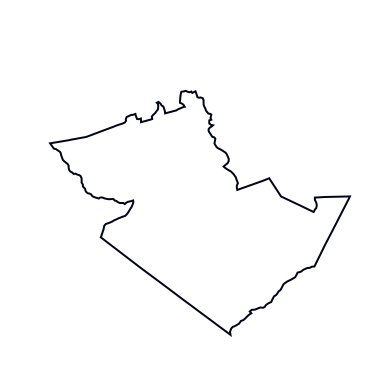 Itapecuru Mirim, Maranhão, Brazil (orthographic projection), rotated 37°
{"feature_id": "56859067B11839444489809", "entity_name": "Itapecuru Mirim", "entity_type": "district", "adm_level": 2, "iso_a3": "BRA", "parent_name": "Brazil", "parent_adm1": "Maranhão", "projection": "orthographic", "projection_center": [-44.34, -3.363], "detail": "fine", "context": "isolated", "style": "outline", "palette": "ink", "viewbox_px": 384, "rotation_deg": 37, "n_neighbors": 0, "source": "geoboundaries", "source_scale": "gbopen_adm2", "svg_char_len": 3507}
<svg xmlns="http://www.w3.org/2000/svg" viewBox="0 0 384 384"><g transform="rotate(37 192 192)"><path d="M49.4,238.5L51.6,239.2L53.6,239.9L55.7,240.5L57.6,239.6L62.3,239.4L63.9,240.0L65.0,241.1L69.4,244.0L70.9,244.3L75.8,244.5L77.5,245.1L78.9,246.9L80.2,248.1L82.3,248.9L84.7,248.5L86.5,248.8L87.9,247.5L89.9,247.1L91.8,246.4L93.4,246.3L95.5,247.4L96.8,249.0L98.1,250.9L100.3,251.7L101.6,253.3L104.5,253.7L106.9,255.5L109.4,255.8L110.7,255.1L112.7,254.6L114.9,255.3L117.1,254.9L119.3,254.1L121.5,253.3L121.9,251.8L123.3,250.5L126.4,249.6L129.8,247.9L131.8,246.2L133.6,244.9L135.3,245.3L137.0,244.7L138.9,244.7L140.6,244.4L142.0,243.5L143.8,242.1L145.6,242.1L146.0,239.9L146.7,238.5L147.7,237.3L148.9,235.9L150.1,234.2L151.2,235.3L151.8,236.7L152.7,239.8L152.9,242.6L153.2,244.8L153.4,248.5L153.0,251.3L151.3,253.8L149.3,257.0L148.0,259.5L146.8,261.6L146.1,263.6L145.3,265.0L144.0,267.2L142.5,269.2L142.2,271.5L142.8,272.9L143.8,275.0L144.7,277.7L145.4,279.6L146.5,283.1L196.1,283.5L226.1,283.3L249.0,283.3L263.2,283.2L308.7,282.9L306.5,280.8L305.5,277.4L305.7,275.1L306.8,273.7L307.5,272.0L308.8,268.9L308.7,265.5L310.1,263.5L310.6,261.1L310.9,258.6L311.2,256.8L311.6,255.1L312.4,253.2L310.1,252.7L310.6,250.2L311.9,249.1L313.1,248.0L315.0,244.8L316.2,243.0L318.4,241.7L319.2,240.0L319.1,237.9L319.6,236.0L320.5,234.0L321.5,232.1L320.9,229.6L320.3,225.9L321.2,223.7L321.2,221.8L321.0,219.4L321.6,217.3L321.4,215.0L321.0,212.9L320.6,210.7L321.2,208.3L321.9,206.3L322.8,204.4L324.0,202.1L325.7,197.9L325.3,195.1L324.8,192.8L326.2,191.2L327.0,189.9L327.4,188.3L328.0,186.6L329.9,183.2L331.6,181.8L332.8,179.4L334.6,177.8L333.3,170.9L330.1,154.2L327.5,138.7L321.2,102.3L320.8,100.5L301.4,115.8L293.5,122.5L294.9,124.3L298.0,126.0L299.6,127.5L300.9,130.0L300.7,132.0L301.2,134.8L286.9,137.6L276.5,139.8L274.7,140.1L265.9,142.0L245.4,134.6L242.0,140.2L226.9,163.1L225.3,161.7L223.9,159.9L223.4,157.4L221.4,156.1L219.5,154.9L218.2,153.9L216.5,153.4L214.6,152.7L210.9,152.2L209.1,152.4L206.4,152.7L203.5,152.8L202.0,152.7L202.3,150.8L202.7,149.2L203.1,147.6L202.8,145.5L201.6,143.6L199.2,142.1L196.2,140.6L194.6,140.4L191.7,140.6L190.0,140.7L188.5,141.0L186.9,141.3L185.2,141.4L183.1,140.8L180.7,139.7L179.5,137.2L178.5,135.3L176.8,135.0L174.9,135.7L171.3,134.3L169.6,133.8L168.2,132.9L167.4,131.6L167.5,129.9L168.2,128.1L168.6,126.1L166.5,127.0L164.6,126.9L163.6,125.7L162.7,124.4L163.9,122.7L162.2,121.8L161.7,120.3L160.8,118.5L159.4,118.7L157.9,119.5L156.2,119.1L154.0,118.5L152.6,117.4L150.3,116.3L148.9,115.4L147.2,113.4L146.1,111.8L144.1,110.6L141.9,111.4L140.9,112.5L139.3,113.0L136.5,111.0L134.2,109.5L133.4,111.1L132.6,112.7L131.0,112.2L130.0,113.8L128.1,114.6L126.1,115.0L125.1,116.4L123.2,118.3L124.3,121.0L125.8,123.6L126.8,125.1L127.5,126.5L128.8,128.0L130.6,127.5L132.8,127.5L134.9,128.3L133.9,129.5L131.1,134.3L130.5,136.1L123.2,145.4L121.7,143.8L119.8,142.4L117.7,141.0L115.8,141.2L113.8,140.4L111.0,140.2L110.2,141.9L111.9,142.2L113.2,143.5L114.2,145.0L115.1,146.6L115.0,148.8L115.1,150.8L114.6,153.7L114.5,155.9L116.3,157.7L115.4,159.0L109.3,166.9L107.0,164.1L105.8,165.7L104.3,166.8L103.0,166.0L101.6,165.2L99.8,163.7L98.2,166.2L97.0,167.1L96.2,168.7L94.7,171.5L95.3,173.6L96.4,174.8L96.6,176.8L95.3,179.2L93.9,181.1L92.1,183.8L91.2,185.1L90.5,186.4L88.4,189.7L86.8,192.2L85.4,194.4L83.0,198.1L80.7,201.8L79.0,204.4L77.1,207.5L76.2,208.8L75.4,210.2L74.1,212.0L71.7,214.6L69.9,216.5L68.3,218.3L66.1,220.7L64.2,222.7L62.9,224.3L49.4,238.5Z" fill="none" stroke="#020617" stroke-width="2"/></g></svg>